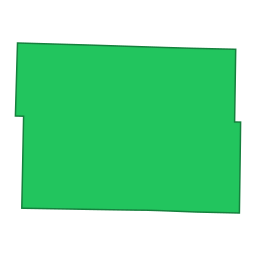 outline of Greene, Missouri, United States of America
{"feature_id": "52423323B68605261841500", "entity_name": "Greene", "entity_type": "district", "adm_level": 2, "iso_a3": "USA", "parent_name": "United States of America", "parent_adm1": "Missouri", "projection": "orthographic", "projection_center": [-93.327, 37.258], "detail": "fine", "context": "isolated", "style": "filled", "palette": "green", "viewbox_px": 256, "rotation_deg": 0, "n_neighbors": 0, "source": "geoboundaries", "source_scale": "gbopen_adm2", "svg_char_len": 347}
<svg xmlns="http://www.w3.org/2000/svg" viewBox="0 0 256 256"><path d="M17.5,43.0L15.4,116.0L23.6,116.2L21.8,208.2L80.3,209.2L109.6,209.7L135.3,210.1L146.4,210.2L159.9,210.6L196.2,212.0L239.4,213.0L240.4,139.5L240.6,122.1L234.6,122.0L235.7,49.3L192.2,48.3L164.9,47.5L90.7,45.1L17.5,43.0Z" fill="#22c55e" stroke="#15803d" stroke-width="1.5"/></svg>